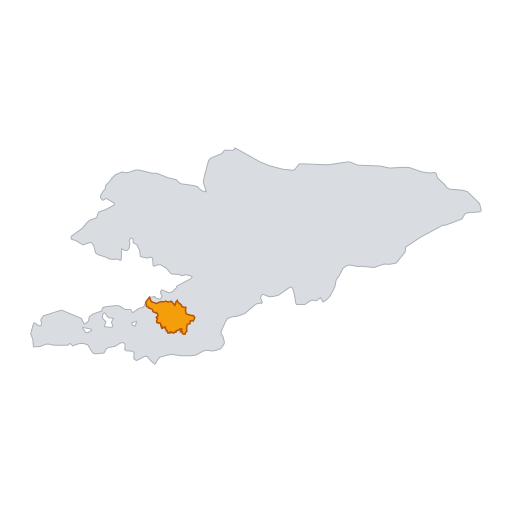 Nookat, Osh, Kyrgyzstan shown in context
{"feature_id": "92254566B4479421635169", "entity_name": "Nookat", "entity_type": "district", "adm_level": 2, "iso_a3": "KGZ", "parent_name": "Kyrgyzstan", "parent_adm1": "Osh", "projection": "equal_earth", "projection_center": [72.518, 40.099], "detail": "fine", "context": "in_parent", "style": "filled", "palette": "amber", "viewbox_px": 512, "rotation_deg": 0, "n_neighbors": 0, "source": "geoboundaries", "source_scale": "gbopen_adm2", "svg_char_len": 6622}
<svg xmlns="http://www.w3.org/2000/svg" viewBox="0 0 512 512"><path d="M102.4,308.1L103.7,307.2L108.0,306.4L116.7,305.5L119.6,306.1L125.5,309.7L130.0,309.3L130.9,309.8L132.6,312.8L138.9,308.4L143.5,307.0L145.8,302.6L150.7,297.3L154.9,296.5L155.0,297.3L155.8,298.1L160.0,299.3L161.3,297.9L162.0,296.0L160.5,292.9L160.5,291.6L161.9,289.8L168.7,292.7L170.2,292.6L173.3,291.0L176.1,288.1L177.1,285.9L191.0,278.6L192.0,277.2L191.8,276.3L186.0,274.6L183.4,275.5L180.9,275.5L179.5,274.5L172.4,274.1L170.8,273.3L166.1,268.0L160.3,264.7L157.5,264.9L154.1,266.3L153.1,265.7L152.8,260.7L152.1,257.7L150.1,257.0L147.6,258.2L140.4,256.6L139.6,250.4L137.0,244.9L133.2,242.7L133.1,239.4L131.8,238.0L130.6,238.4L129.2,240.1L129.9,243.7L129.3,247.3L128.5,249.2L126.8,250.5L125.0,250.6L121.7,248.7L121.2,259.8L120.5,260.4L116.7,258.9L113.6,259.5L109.0,258.9L105.5,257.0L98.8,255.0L95.6,253.0L93.7,245.6L91.8,242.9L90.1,242.4L82.9,244.9L75.6,240.4L71.9,239.5L71.0,238.1L71.2,236.4L82.4,228.2L86.9,222.6L89.7,220.2L96.7,217.7L98.4,212.5L99.0,211.9L106.1,209.4L114.2,204.9L114.3,203.6L113.5,202.6L106.4,198.4L102.7,200.3L100.6,197.9L100.6,195.5L103.0,191.3L105.1,189.2L105.9,185.1L108.8,182.4L111.9,178.1L115.5,174.6L122.2,172.0L125.9,172.8L129.5,172.2L134.9,170.1L138.2,169.9L152.2,173.2L156.8,173.3L167.6,177.6L176.2,179.7L180.3,183.7L193.9,185.6L197.7,186.8L199.0,188.7L202.9,191.2L206.2,191.8L203.3,182.0L204.4,176.2L208.6,160.4L210.9,158.0L221.9,153.5L224.5,150.2L232.4,150.3L234.0,149.7L234.9,147.9L259.7,161.7L269.0,165.6L282.0,169.1L292.9,170.3L294.8,169.5L299.0,164.1L301.1,163.8L328.2,164.8L347.5,161.9L350.3,162.1L357.6,165.1L380.5,166.1L389.6,168.1L403.8,167.3L409.9,167.7L420.8,171.6L424.6,172.4L431.7,173.0L434.4,172.4L436.0,173.3L437.7,178.2L444.6,184.5L447.2,187.9L449.7,189.2L462.5,190.2L467.3,191.6L479.5,203.4L481.3,210.4L480.1,211.8L467.7,212.8L464.9,213.8L462.0,218.9L445.5,225.2L443.0,225.1L420.9,237.0L405.7,247.1L405.1,252.0L396.3,263.0L389.5,264.3L383.7,264.1L374.2,267.5L362.0,266.3L357.8,266.5L349.8,265.0L346.6,265.8L343.2,268.0L338.6,276.8L336.7,278.9L335.9,280.9L335.3,285.2L333.5,289.8L329.6,296.7L326.3,299.9L323.1,302.0L320.5,297.7L316.4,300.7L312.5,300.1L310.1,300.9L304.7,304.6L296.7,304.5L295.8,303.2L294.1,293.1L292.6,288.3L291.5,287.2L290.0,287.1L278.6,295.1L273.3,296.5L268.9,296.7L263.2,294.3L261.9,294.9L261.0,296.2L260.6,297.9L262.3,302.4L261.8,303.3L259.3,303.2L255.6,304.2L244.7,313.6L237.7,316.1L231.3,317.0L227.4,318.7L225.2,322.2L221.0,331.9L221.2,333.9L223.0,336.5L224.4,342.4L224.1,343.9L220.6,348.8L216.2,350.3L212.7,351.0L206.0,350.3L202.6,351.3L196.3,355.0L191.1,355.7L181.3,355.8L171.7,354.4L168.5,354.9L160.0,357.1L157.1,360.5L155.5,363.7L154.7,364.1L151.3,361.2L146.9,356.3L144.8,356.3L137.1,360.4L136.0,360.3L133.8,358.7L134.1,352.4L131.6,351.1L126.4,350.8L124.6,349.4L125.2,345.3L124.6,343.7L123.3,342.6L120.6,342.9L115.1,346.3L108.7,347.5L106.5,348.6L104.0,353.0L95.4,353.9L92.7,352.9L87.6,344.7L83.2,343.4L78.7,343.7L72.6,345.9L71.1,344.1L69.5,343.6L68.1,345.1L60.6,345.3L53.0,345.1L48.7,344.1L45.9,344.2L40.2,346.5L33.4,346.9L32.8,339.2L30.7,334.0L32.9,325.5L34.1,322.7L39.2,325.9L41.1,325.4L41.6,323.7L40.8,319.9L43.4,315.8L61.5,310.1L81.4,318.4L84.0,323.8L85.7,323.5L88.5,321.1L89.4,316.5L93.3,313.9L101.9,310.9L102.4,308.1ZM112.5,326.9L112.9,326.1L111.4,322.1L113.4,318.4L109.4,317.8L107.3,316.7L105.0,313.0L104.3,312.8L103.1,313.8L102.4,316.3L102.9,318.9L105.8,321.4L104.4,326.7L110.4,327.4L112.5,326.9ZM91.6,330.5L91.5,329.4L90.1,328.9L82.6,327.4L82.8,328.5L85.7,332.4L87.9,332.6L91.6,330.5ZM136.1,323.7L136.6,321.3L132.1,322.7L131.6,324.0L133.1,325.5L135.0,326.1L136.1,323.7Z" fill="#d9dde1" stroke="#a8b0b8" stroke-width="1"/><path d="M170.0,332.9L170.0,332.7L170.3,332.5L170.3,332.4L170.4,332.2L170.7,332.3L170.7,332.1L170.8,331.8L171.1,331.8L171.3,331.9L171.5,332.1L171.9,332.2L171.9,332.3L172.1,332.4L172.4,332.6L172.5,332.6L172.9,332.8L173.1,332.8L173.3,333.1L173.5,333.1L173.7,332.9L174.6,332.4L174.9,332.3L175.0,332.2L175.3,332.2L175.6,332.0L175.9,332.1L176.0,332.1L176.3,331.6L176.2,331.3L176.0,331.1L176.3,331.0L176.6,330.8L176.6,330.7L176.8,330.5L176.9,330.4L177.5,330.4L177.7,330.2L178.0,330.2L178.4,330.1L178.5,330.1L179.0,330.1L179.2,329.7L179.5,329.4L179.6,329.1L179.8,329.2L179.9,329.4L180.0,329.5L180.3,329.5L180.4,329.4L180.5,329.4L181.0,329.0L181.2,328.6L181.6,328.9L181.8,328.9L181.9,329.1L181.6,329.4L181.6,329.6L181.1,330.2L180.9,331.1L180.5,331.7L182.1,331.6L182.2,332.9L182.9,334.0L185.0,334.2L185.8,332.0L186.8,331.4L186.6,328.0L187.3,324.3L189.9,323.8L190.4,320.8L193.3,321.0L194.8,317.6L193.4,315.6L190.6,315.3L186.3,313.9L185.5,310.6L185.8,307.4L182.1,306.9L181.2,304.8L178.0,302.2L177.4,300.6L177.3,300.4L176.1,301.7L174.9,305.3L171.3,301.2L168.1,302.1L165.9,301.1L163.7,301.9L161.1,301.6L158.9,302.4L156.4,303.5L151.3,301.6L149.5,297.2L148.3,298.7L146.8,300.6L145.6,302.5L146.3,304.7L146.5,306.4L147.7,307.0L148.2,307.2L149.0,308.2L149.4,308.3L151.7,309.0L152.3,309.5L152.7,310.4L152.9,311.6L154.4,312.4L156.1,312.6L156.0,312.8L156.1,313.1L156.6,313.3L156.9,313.2L157.0,313.2L157.4,313.4L157.5,313.6L157.6,314.0L157.7,314.3L157.8,314.4L157.8,314.7L157.8,314.9L157.8,315.0L157.8,315.4L157.9,315.7L157.9,315.8L157.9,316.0L157.7,316.1L157.7,316.3L157.3,316.6L157.1,316.7L156.9,316.7L156.9,316.8L156.7,317.1L156.4,317.2L156.3,317.4L156.5,317.7L156.4,317.8L156.5,318.1L156.7,318.4L157.0,318.5L157.4,318.7L157.5,318.8L157.3,319.2L157.2,319.4L157.3,319.8L157.2,319.9L157.1,320.1L156.9,320.3L156.7,320.5L156.6,320.9L156.7,321.4L156.8,321.5L156.8,321.8L156.7,322.2L156.7,322.4L156.9,322.4L157.2,322.5L157.3,322.6L157.5,322.8L157.8,322.9L158.0,322.9L158.1,323.0L158.4,322.8L158.8,322.9L158.9,323.0L159.1,322.8L159.6,322.9L160.0,323.1L160.4,323.3L160.5,323.5L160.6,323.8L160.6,324.0L160.5,324.5L160.6,324.8L160.7,325.0L160.8,325.0L160.8,325.5L160.8,325.8L161.1,325.9L161.3,325.9L161.2,326.1L161.4,326.4L161.4,326.6L161.7,326.8L162.0,327.0L161.8,327.3L161.5,327.4L161.5,327.9L161.7,328.1L162.1,328.2L162.2,328.4L162.4,328.3L162.5,328.3L162.7,328.1L163.1,327.8L163.6,327.7L163.9,327.4L164.1,327.1L164.4,326.9L164.6,327.1L164.8,327.1L165.0,327.1L165.4,327.2L165.3,327.5L165.4,327.9L165.3,328.0L165.2,328.2L165.2,328.3L165.3,328.7L165.5,328.9L165.5,329.0L165.6,329.3L165.8,329.5L166.1,329.6L166.3,329.8L166.5,329.9L166.6,330.0L166.6,330.3L166.7,330.5L166.8,330.7L166.7,330.8L166.8,330.8L166.9,331.0L167.1,331.0L167.5,331.6L167.7,331.9L167.8,332.0L167.7,332.3L167.6,332.5L167.7,332.8L167.9,332.7L168.1,332.7L168.4,332.7L168.6,332.8L168.9,333.0L169.1,333.2L169.4,333.2L169.6,333.2L169.8,333.0L170.0,332.9Z" fill="#f59e0b" stroke="#b45309" stroke-width="1.5"/></svg>